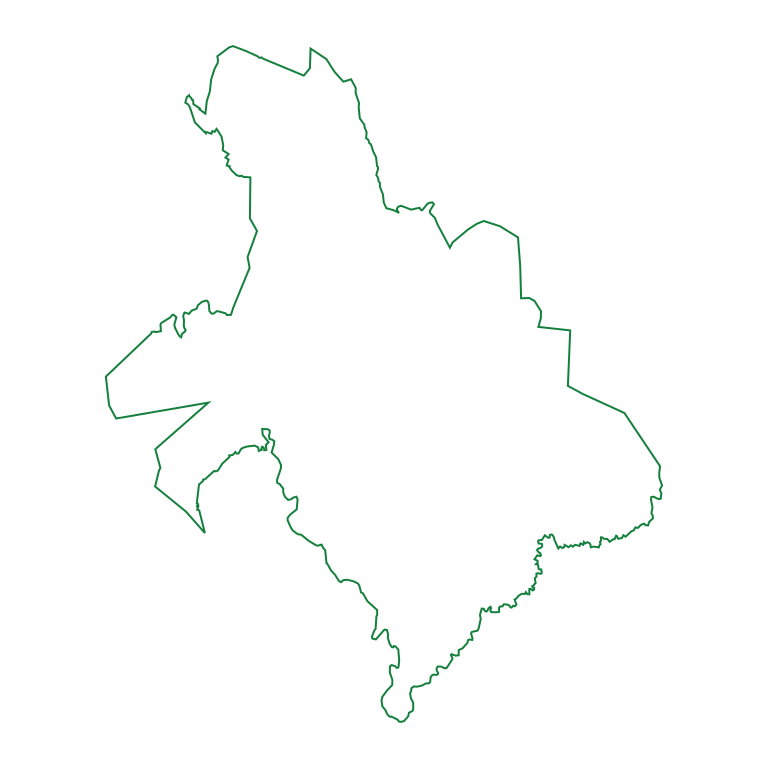 outline of Tlaquiltenango, Morelos, Mexico
{"feature_id": "50627088B38776032465791", "entity_name": "Tlaquiltenango", "entity_type": "district", "adm_level": 2, "iso_a3": "MEX", "parent_name": "Mexico", "parent_adm1": "Morelos", "projection": "natural_earth1", "projection_center": [-99.069, 18.498], "detail": "fine", "context": "isolated", "style": "outline", "palette": "green", "viewbox_px": 768, "rotation_deg": 0, "n_neighbors": 0, "source": "geoboundaries", "source_scale": "gbopen_adm2", "svg_char_len": 6100}
<svg xmlns="http://www.w3.org/2000/svg" viewBox="0 0 768 768"><path d="M398.9,721.5L400.9,721.9L404.0,721.1L408.2,716.3L409.0,712.7L412.3,711.1L413.2,709.5L413.2,702.7L410.9,698.3L410.1,693.3L411.0,691.5L411.4,688.2L413.9,686.4L416.9,686.7L422.2,685.5L425.9,683.4L429.1,683.3L430.2,681.7L430.6,677.3L431.9,675.4L433.4,674.6L437.0,674.9L438.0,673.9L438.2,673.0L436.7,670.6L436.6,668.3L437.8,666.5L441.2,666.6L444.8,668.4L446.7,667.9L452.2,659.5L452.4,658.1L450.9,655.0L451.5,654.2L455.4,655.6L458.7,655.3L458.7,650.2L462.7,648.2L467.5,642.7L467.9,640.3L469.3,639.5L472.3,639.9L472.5,638.2L471.0,633.4L472.0,631.9L477.6,630.6L478.7,628.2L480.7,619.2L480.0,614.8L481.7,608.6L483.8,608.8L484.4,610.4L486.3,611.6L487.2,610.9L488.8,607.9L490.5,606.8L491.1,608.3L490.4,609.7L490.5,611.4L491.3,612.1L496.3,612.3L499.2,611.8L499.0,607.8L500.2,606.4L502.5,606.4L503.9,604.2L507.9,604.7L509.5,605.7L510.3,607.2L511.6,607.6L513.0,605.8L514.8,606.3L516.4,604.6L514.6,599.5L516.3,598.6L518.4,595.9L521.7,593.8L525.0,593.9L525.9,592.1L527.4,594.2L529.4,594.3L529.3,589.0L530.4,588.8L532.7,590.4L534.1,589.6L534.2,588.2L533.0,587.7L532.2,586.3L533.8,585.6L533.8,584.8L535.6,583.1L534.8,578.3L536.5,576.6L536.4,573.7L537.7,573.2L540.6,573.8L541.6,573.4L541.8,572.5L541.1,569.4L539.1,569.3L538.6,568.6L538.0,564.6L536.0,564.2L537.7,562.5L537.6,560.8L534.5,559.3L537.3,555.3L540.1,556.1L541.0,555.4L540.1,553.0L538.5,552.2L537.0,550.1L537.8,548.9L541.0,547.7L542.3,545.9L541.8,543.8L538.6,543.5L538.1,541.3L538.6,540.3L541.9,539.9L544.9,535.3L548.1,537.7L549.6,537.6L549.8,535.0L551.4,534.5L552.7,535.2L554.1,537.7L554.2,539.3L558.3,548.5L559.6,546.7L560.4,546.6L561.9,547.8L563.3,547.8L564.2,547.0L564.6,544.9L568.6,547.2L570.8,545.3L572.9,546.7L575.0,544.8L579.6,545.9L580.0,543.9L580.7,543.4L583.1,544.8L583.9,542.0L585.0,543.5L587.4,542.2L589.5,543.2L590.4,544.6L590.8,547.3L593.5,546.6L598.8,547.4L599.1,545.8L600.6,544.1L599.9,542.1L600.9,541.0L600.9,537.3L602.0,537.3L604.0,538.8L607.5,539.1L609.6,541.8L613.2,539.3L614.6,539.2L616.1,535.7L616.9,536.0L618.0,538.7L621.9,538.1L623.4,535.2L625.6,536.7L631.4,531.3L633.9,530.3L635.3,527.4L638.0,527.9L640.6,525.1L643.9,523.6L645.6,525.2L648.1,525.4L649.1,522.0L653.0,518.2L652.6,515.4L651.4,513.2L652.5,507.4L651.0,499.6L651.3,497.0L653.7,496.7L658.1,499.0L660.6,498.8L661.4,493.5L659.8,489.8L662.1,485.4L659.4,477.9L659.2,472.8L660.1,466.3L624.4,413.0L582.6,393.9L567.9,385.9L570.2,330.4L538.4,326.9L540.8,318.3L541.0,311.2L534.5,300.9L529.2,298.0L521.1,298.3L520.2,266.1L518.0,237.4L499.9,226.2L483.7,221.0L476.7,223.9L467.9,229.6L452.6,242.4L449.9,247.7L437.5,224.4L434.8,217.8L430.3,213.4L429.8,210.9L434.0,204.2L432.4,202.4L429.0,202.9L427.1,204.2L422.5,209.9L421.4,210.3L419.4,207.8L411.1,209.6L401.1,205.8L398.5,206.6L396.9,208.5L397.3,210.6L399.0,212.9L393.7,210.2L386.3,208.2L383.8,202.5L382.9,194.3L379.9,186.7L379.9,182.8L378.6,181.3L378.1,177.8L376.3,175.0L378.0,169.0L378.0,167.2L377.1,166.2L376.0,157.0L373.5,152.2L370.9,144.3L369.4,143.4L368.3,139.8L366.1,138.1L366.6,132.2L364.5,127.1L364.4,124.9L359.8,118.3L358.7,107.3L359.0,102.9L355.7,93.3L355.7,87.9L351.1,79.3L343.4,81.7L334.5,71.8L326.4,59.1L310.6,48.6L309.9,68.2L303.8,75.6L262.9,58.6L261.6,57.4L259.3,57.9L257.8,56.4L245.9,51.0L233.0,46.1L229.2,47.4L217.3,56.3L218.0,59.9L217.7,62.9L214.5,69.0L211.2,79.3L209.8,91.6L206.8,101.1L205.4,113.7L199.4,109.3L199.9,108.5L199.0,107.8L193.4,104.2L193.1,100.1L191.9,99.7L191.2,97.9L189.3,96.4L189.1,95.3L186.9,97.0L185.3,102.7L188.2,104.4L190.0,107.6L194.9,122.4L205.8,133.3L206.1,132.0L211.5,133.7L212.4,131.1L214.7,131.8L216.5,128.9L218.4,131.5L221.6,136.8L223.2,145.2L222.8,150.3L228.6,154.0L225.5,157.6L228.6,159.5L226.7,165.5L229.7,166.3L229.4,167.2L231.9,170.7L236.2,174.9L239.5,176.2L241.6,175.7L243.1,176.8L250.4,177.4L249.9,218.4L257.0,231.0L247.6,257.0L249.6,267.8L233.3,307.5L231.0,314.8L226.9,315.0L225.5,313.3L217.8,311.2L216.8,311.2L213.5,313.6L211.7,313.7L209.4,311.2L208.9,304.6L208.1,301.9L207.0,300.7L205.7,300.7L201.8,301.9L198.0,305.2L196.6,308.7L191.7,310.6L188.9,313.9L184.8,312.5L184.2,313.0L183.2,316.2L184.0,320.2L183.8,325.6L184.4,328.2L185.6,330.0L185.1,331.4L181.9,334.1L181.2,337.3L179.9,336.6L178.2,334.2L175.1,328.0L174.3,324.6L176.4,317.2L173.9,315.0L172.6,314.7L169.8,317.7L161.4,322.9L160.5,324.4L160.9,331.2L155.7,332.1L154.3,331.5L151.7,332.0L151.1,333.6L105.9,376.6L109.1,405.4L116.1,418.5L208.4,402.6L155.3,449.2L160.4,468.0L159.0,470.5L155.1,486.5L186.0,511.6L204.9,533.0L199.2,510.3L197.2,509.7L198.4,506.3L198.2,505.2L197.2,506.8L196.9,506.2L197.9,504.3L196.8,503.2L199.0,484.5L203.1,480.9L203.1,479.6L205.0,479.2L214.2,470.9L215.7,471.4L217.8,470.6L222.4,463.5L229.5,457.0L229.1,455.5L232.8,454.9L235.4,452.0L236.6,453.6L238.6,453.4L240.8,449.4L242.7,447.9L247.1,446.5L254.8,445.6L258.0,447.3L258.8,450.9L261.8,449.8L261.3,448.4L262.2,446.7L263.6,447.4L264.4,450.3L266.4,450.0L265.9,444.8L268.6,442.3L262.7,434.8L262.2,429.0L267.6,429.2L269.5,430.2L269.8,432.2L269.0,436.0L269.6,439.0L272.3,439.7L274.3,441.3L274.0,444.5L271.6,452.5L278.3,459.2L281.0,465.0L280.9,468.3L277.2,479.3L276.9,481.0L277.4,483.0L279.6,484.0L283.3,488.7L283.1,491.3L283.8,494.3L285.2,497.1L288.2,499.9L291.4,499.2L293.0,497.7L296.3,496.7L297.6,499.2L296.7,509.4L290.2,514.6L287.7,517.7L287.6,520.3L290.9,527.7L292.8,530.5L296.3,533.2L298.2,534.3L301.2,534.7L308.8,540.9L315.8,545.1L317.8,545.7L321.5,544.6L323.5,548.4L325.2,550.2L326.5,563.3L327.1,563.4L331.1,570.5L335.1,574.9L339.0,581.1L341.0,582.2L343.4,580.1L347.5,579.8L353.9,581.4L358.0,583.6L359.3,585.6L361.1,592.5L362.8,593.1L367.4,601.2L377.1,610.0L377.2,614.9L376.4,616.4L375.6,628.9L374.4,630.4L371.9,636.7L372.4,638.6L375.9,639.4L383.8,630.3L384.7,629.6L387.0,630.0L388.1,634.7L387.8,638.0L389.8,644.1L391.9,647.2L393.3,647.3L393.8,646.1L395.4,646.3L398.3,649.5L399.2,661.0L398.5,666.7L398.2,667.6L396.8,667.9L395.2,666.2L391.4,665.1L389.9,666.5L389.9,672.8L392.4,679.9L392.2,685.0L386.8,690.8L382.3,696.9L381.5,700.5L382.4,706.4L385.4,710.1L387.0,713.8L389.0,716.1L390.4,716.9L391.3,716.5L397.7,719.7L398.9,721.5Z" fill="none" stroke="#15803d" stroke-width="2"/></svg>